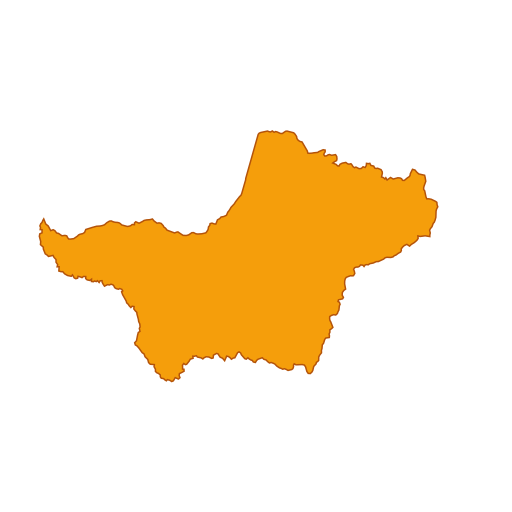 outline of Araguapaz, Goiás, Brazil, rotated 333°
{"feature_id": "56859067B52575065331829", "entity_name": "Araguapaz", "entity_type": "district", "adm_level": 2, "iso_a3": "BRA", "parent_name": "Brazil", "parent_adm1": "Goiás", "projection": "natural_earth1", "projection_center": [-50.464, -15.136], "detail": "fine", "context": "isolated", "style": "filled", "palette": "amber", "viewbox_px": 512, "rotation_deg": 333, "n_neighbors": 0, "source": "geoboundaries", "source_scale": "gbopen_adm2", "svg_char_len": 6112}
<svg xmlns="http://www.w3.org/2000/svg" viewBox="0 0 512 512"><g transform="rotate(333 256 256)"><path d="M313.2,148.6L282.1,182.2L281.3,183.5L279.7,185.2L271.8,193.7L270.0,195.2L268.6,195.5L262.6,198.3L260.3,199.7L255.8,201.3L254.2,202.4L252.3,203.5L250.8,204.1L248.2,206.3L245.3,206.2L242.5,205.4L240.7,206.2L238.1,206.3L234.7,209.3L233.3,208.4L231.7,206.7L229.8,206.3L228.7,207.7L226.9,208.5L225.4,210.6L223.5,211.8L221.8,212.6L217.8,211.6L214.1,210.0L212.5,208.9L211.0,206.8L209.4,206.1L205.6,206.6L203.2,206.1L200.4,204.5L198.1,200.5L197.4,199.1L196.1,198.7L193.9,198.5L188.5,192.6L188.0,190.1L187.1,188.4L187.1,186.8L186.3,183.9L184.7,182.5L182.7,181.8L181.1,178.6L180.5,176.0L178.1,175.5L174.7,174.1L172.4,173.5L170.8,173.7L166.7,173.7L164.4,170.9L162.7,171.4L161.9,172.9L160.0,171.7L158.2,172.1L156.7,171.9L154.8,171.3L150.4,167.3L149.9,165.7L149.0,164.2L147.8,163.2L145.8,162.0L144.3,160.7L142.9,159.0L141.2,158.4L138.2,158.6L135.2,159.4L132.8,159.1L130.7,158.5L127.4,157.1L123.0,156.2L116.4,155.1L113.9,157.2L111.8,157.4L109.0,156.7L107.4,156.7L106.0,157.2L101.5,157.8L98.4,156.7L96.8,155.8L96.5,154.1L96.5,152.1L95.1,150.9L92.3,149.9L90.3,146.2L88.8,145.0L88.3,142.1L87.2,140.5L84.6,140.2L84.5,134.9L83.2,132.0L83.7,126.6L82.4,127.4L80.5,129.0L78.9,129.5L77.1,131.1L77.0,132.7L75.7,134.5L77.3,135.4L75.9,138.2L73.4,138.1L71.9,140.1L70.7,145.5L69.1,148.0L70.5,151.6L69.7,153.2L69.2,158.4L70.3,160.3L70.9,162.2L75.4,163.3L75.4,165.5L76.2,168.4L75.0,170.8L75.4,173.6L73.9,175.3L75.7,176.2L73.5,179.9L75.2,181.5L76.7,182.2L77.4,185.0L79.2,187.8L82.2,190.2L83.9,189.5L84.1,193.0L85.1,194.4L87.0,194.8L88.2,193.3L89.9,194.8L91.2,196.3L92.9,195.9L95.0,197.0L94.0,198.8L94.7,200.6L96.8,202.3L98.9,202.0L97.8,204.0L99.4,205.1L100.8,205.0L102.1,206.3L103.5,206.0L104.2,208.4L105.9,207.3L107.6,208.1L107.0,209.6L107.0,211.6L107.3,214.1L110.6,214.1L112.3,215.3L114.0,215.3L115.4,216.7L115.8,218.2L115.7,220.0L116.6,221.6L118.4,223.2L119.8,223.1L121.3,224.8L121.4,226.6L120.0,226.8L119.6,229.9L119.9,237.1L119.5,239.0L120.3,241.2L120.4,242.8L121.1,245.1L122.8,244.5L124.4,245.7L123.1,247.7L123.6,250.3L124.2,252.1L123.6,253.6L122.5,258.8L121.7,261.2L121.6,263.8L120.5,266.6L119.2,267.5L118.4,270.5L116.4,270.7L114.6,272.7L111.0,277.3L108.5,278.2L108.1,280.5L109.0,281.7L109.8,284.5L110.7,290.4L111.8,292.5L111.4,295.4L112.6,299.0L111.9,302.2L112.6,304.4L116.1,306.6L114.9,308.4L115.0,311.2L114.0,313.2L114.6,315.0L115.8,316.4L116.7,318.5L115.9,320.2L116.1,321.9L118.0,323.3L118.6,325.1L119.5,326.5L120.9,325.9L122.7,327.5L123.9,329.6L125.7,329.7L128.8,327.7L131.0,330.4L133.0,329.9L133.3,327.5L134.4,326.0L136.7,326.1L139.6,326.0L140.4,324.2L139.2,323.4L140.1,321.8L140.9,319.9L142.9,319.0L143.7,320.7L145.0,321.0L148.6,319.4L150.6,318.1L153.5,318.6L154.2,316.6L155.5,317.3L157.6,317.8L157.9,319.4L160.8,321.8L161.9,323.6L163.5,323.1L165.8,323.1L168.0,324.5L170.0,327.1L171.5,327.4L173.1,325.0L176.6,324.9L177.7,325.9L178.1,329.8L179.8,332.0L180.5,335.1L184.4,331.9L185.8,333.1L186.7,334.7L187.2,336.8L189.5,336.6L190.9,337.1L195.7,333.8L197.4,333.7L198.3,335.5L198.1,337.2L199.4,342.4L200.5,343.5L202.6,343.0L203.2,344.7L204.2,346.3L205.3,347.4L205.5,349.2L207.1,350.6L209.2,349.3L211.0,348.9L215.4,349.5L216.1,351.6L217.8,353.2L218.4,355.3L219.4,357.4L221.2,357.8L222.6,359.3L223.7,360.7L224.6,363.6L226.1,366.3L227.4,367.6L228.4,369.0L230.1,369.3L231.4,370.7L232.6,372.5L236.3,373.4L237.7,373.1L239.1,371.8L239.9,370.2L241.1,369.4L242.2,371.1L247.9,373.7L249.6,375.2L249.8,377.4L248.9,382.0L249.2,384.3L251.0,385.4L253.1,384.8L254.6,383.8L257.3,380.6L260.5,379.4L261.5,378.2L263.1,378.0L264.4,377.5L266.1,374.4L268.1,373.0L270.4,372.0L271.5,369.7L272.7,368.5L274.8,365.2L276.5,364.5L279.4,361.5L281.0,360.8L284.3,361.9L285.2,360.5L285.7,358.7L287.2,357.5L288.3,355.3L290.2,355.1L292.1,354.5L292.7,348.5L292.6,346.8L293.3,344.9L294.2,343.4L296.2,343.2L298.5,343.5L300.3,344.8L302.4,344.2L303.7,342.9L305.3,341.8L307.7,338.2L309.0,337.2L309.3,335.0L308.4,333.8L309.6,332.5L313.7,333.5L315.1,332.6L315.0,330.0L316.4,327.7L318.7,326.5L320.8,326.2L322.3,321.1L323.7,318.5L325.2,316.8L326.7,316.0L329.2,316.2L331.3,316.5L332.5,317.3L333.9,317.8L336.1,316.4L336.7,314.2L336.9,312.2L338.5,311.2L340.3,311.4L341.8,312.1L343.5,312.2L345.0,311.4L347.1,312.7L347.5,314.4L349.2,313.5L350.7,313.9L352.0,314.8L353.8,314.5L357.4,315.5L360.5,315.6L362.5,316.5L368.3,316.7L370.3,316.2L372.1,316.6L375.4,318.5L377.7,319.0L379.4,318.5L381.1,318.7L383.9,318.2L386.7,318.1L388.0,317.1L388.6,315.6L391.0,314.5L392.9,314.0L395.7,314.1L397.3,316.9L399.6,316.2L403.2,315.9L406.4,315.1L408.4,314.0L409.4,311.6L411.1,313.1L415.9,314.8L419.7,317.6L420.4,316.2L421.7,314.6L422.4,311.8L423.8,310.8L426.1,309.8L428.7,307.4L430.2,306.8L431.9,305.3L433.8,303.2L436.9,297.6L438.4,296.0L440.3,294.7L440.6,292.6L441.5,290.3L440.8,288.8L437.9,285.0L435.8,283.4L434.1,282.6L434.3,280.4L435.9,274.5L435.6,272.8L436.4,271.3L437.4,270.1L441.2,266.5L442.4,262.7L442.9,260.6L438.3,256.8L437.3,254.3L436.7,251.6L434.8,249.8L430.9,252.7L429.7,254.3L428.4,254.9L426.4,255.1L422.4,256.0L420.9,255.1L420.8,253.2L419.8,251.9L417.9,250.7L413.2,249.7L411.5,247.1L407.3,247.8L407.2,245.2L405.8,245.9L405.1,244.0L403.7,242.6L406.1,239.7L406.7,238.3L406.6,235.8L404.2,233.0L402.8,232.6L401.7,231.6L401.7,229.3L399.5,227.5L399.5,225.1L398.0,224.7L396.5,223.6L395.3,225.5L393.4,226.7L391.9,225.1L389.6,225.8L387.5,225.0L385.4,222.1L383.9,222.1L383.0,220.4L382.9,218.6L382.5,216.9L380.5,216.4L379.4,215.3L378.5,213.4L375.0,212.4L372.5,212.4L370.8,213.5L369.6,212.7L369.0,210.8L366.6,208.0L369.1,207.6L371.1,207.6L372.2,206.3L373.1,204.0L372.9,201.8L369.1,200.6L367.5,198.9L366.1,198.6L364.4,198.8L362.7,198.2L362.4,196.5L363.4,195.4L364.9,194.6L365.7,193.0L364.1,191.8L359.6,191.5L358.0,191.7L354.4,190.3L352.4,189.7L350.3,188.8L348.9,187.9L349.4,185.7L348.8,175.3L347.1,173.8L346.1,171.9L345.8,169.8L346.4,168.0L346.1,165.1L345.5,163.3L340.4,158.8L339.0,158.3L335.0,158.8L333.4,157.9L331.1,155.0L329.9,154.0L328.3,154.0L327.3,152.0L325.3,152.1L324.1,151.2L323.0,149.9L316.3,148.1L314.6,148.0L313.2,148.6Z" fill="#f59e0b" stroke="#b45309" stroke-width="1.5"/></g></svg>